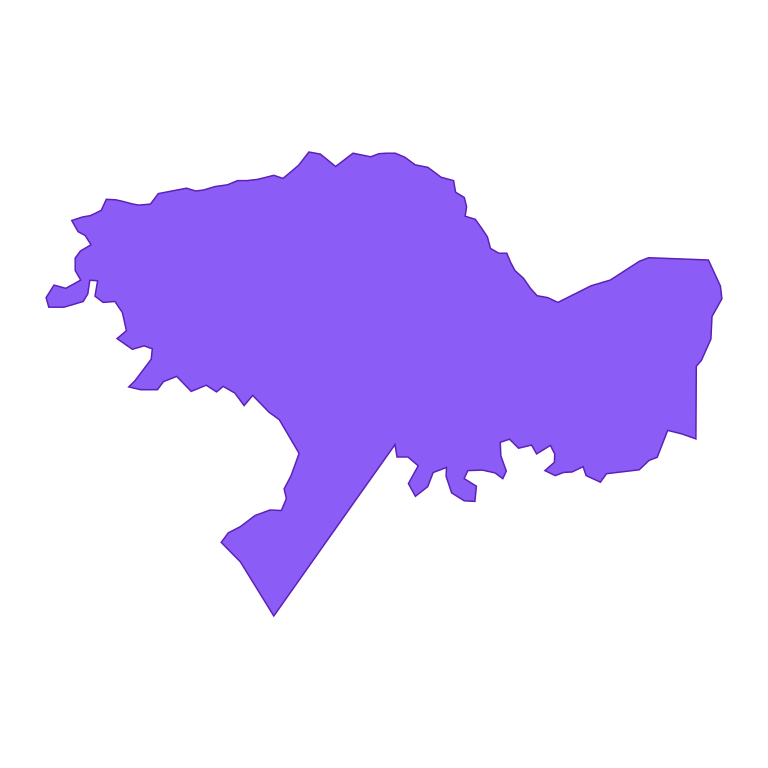 Planalto, Rio Grande do Sul, Brazil
{"feature_id": "56859067B33524809898700", "entity_name": "Planalto", "entity_type": "district", "adm_level": 2, "iso_a3": "BRA", "parent_name": "Brazil", "parent_adm1": "Rio Grande do Sul", "projection": "mercator", "projection_center": [-53.094, -27.352], "detail": "fine", "context": "isolated", "style": "filled", "palette": "violet", "viewbox_px": 768, "rotation_deg": 0, "n_neighbors": 0, "source": "geoboundaries", "source_scale": "gbopen_adm2", "svg_char_len": 2056}
<svg xmlns="http://www.w3.org/2000/svg" viewBox="0 0 768 768"><path d="M186.5,188.2L158.3,193.6L150.4,204.1L138.5,205.1L131.4,203.7L123.3,201.5L115.8,199.8L106.3,199.3L101.3,210.3L90.5,215.6L82.4,217.0L71.7,220.5L78.1,231.7L85.2,235.5L91.0,244.8L80.4,251.0L75.2,258.1L75.2,270.5L80.7,280.1L65.8,288.3L54.0,285.1L46.1,297.6L48.8,307.2L63.9,307.2L83.2,301.5L87.8,293.9L89.8,280.3L97.6,280.7L95.0,296.2L103.1,302.4L114.9,301.5L122.4,312.6L126.4,330.7L117.0,338.6L132.4,349.3L144.0,345.9L152.3,348.8L151.2,359.2L135.0,380.7L128.8,386.9L140.5,389.7L157.5,389.7L163.5,381.6L176.7,376.4L191.2,391.4L206.2,385.2L216.5,391.9L223.2,386.4L234.9,393.1L244.1,405.6L252.7,395.4L269.1,412.3L279.3,419.7L299.1,453.4L291.1,475.6L284.1,488.9L286.4,498.6L281.3,510.5L270.0,510.0L255.0,515.5L240.4,526.6L228.3,532.8L221.2,542.4L240.4,561.9L273.8,616.0L352.1,505.1L395.0,444.6L397.0,457.0L407.9,457.0L418.2,465.8L408.4,483.6L415.4,496.3L427.7,486.7L433.2,472.5L446.5,467.5L446.1,476.3L451.6,492.9L464.2,500.8L474.9,501.4L476.4,486.2L464.2,478.6L467.8,470.6L482.4,470.1L495.0,472.9L502.8,478.7L506.3,471.1L500.8,455.6L500.3,442.3L509.5,439.2L518.6,448.2L531.6,445.1L536.6,453.9L550.4,445.4L554.7,453.9L554.4,462.3L544.9,470.6L555.2,475.6L563.8,472.4L572.0,472.0L583.1,466.7L586.1,475.6L600.4,482.2L606.5,473.7L639.2,469.8L649.1,460.4L657.2,457.3L667.7,430.4L681.8,433.9L695.9,438.9L696.3,366.2L701.4,360.4L710.9,339.1L712.0,316.5L721.9,298.8L720.4,286.0L708.4,260.0L648.7,257.7L639.3,261.3L610.2,280.1L591.2,285.7L557.9,302.4L547.7,297.6L537.1,295.7L530.4,288.3L523.6,278.4L514.9,270.5L510.3,261.7L506.8,253.2L498.8,253.2L490.5,248.4L487.4,236.9L481.9,228.6L475.3,219.3L465.1,216.2L466.6,206.8L464.3,197.5L455.6,192.2L453.6,180.6L441.0,177.2L428.0,167.4L415.1,164.8L404.8,157.2L395.3,153.2L386.3,153.2L378.9,153.7L370.7,156.8L353.0,153.2L335.6,166.5L320.4,154.1L308.9,152.0L298.6,165.3L283.0,178.4L273.8,175.3L265.2,177.5L257.4,179.4L246.8,180.6L237.6,180.6L227.4,184.8L215.3,186.5L203.5,190.0L195.7,191.0L186.5,188.2Z" fill="#8b5cf6" stroke="#5b21b6" stroke-width="1.5"/></svg>